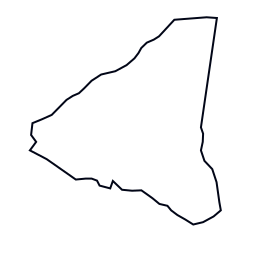 Lagoa Salgada, Rio Grande do Norte, Brazil (Mercator projection), rotated 174°
{"feature_id": "56859067B50769407156017", "entity_name": "Lagoa Salgada", "entity_type": "district", "adm_level": 2, "iso_a3": "BRA", "parent_name": "Brazil", "parent_adm1": "Rio Grande do Norte", "projection": "mercator", "projection_center": [-35.501, -6.146], "detail": "fine", "context": "isolated", "style": "outline", "palette": "ink", "viewbox_px": 256, "rotation_deg": 174, "n_neighbors": 0, "source": "geoboundaries", "source_scale": "gbopen_adm2", "svg_char_len": 755}
<svg xmlns="http://www.w3.org/2000/svg" viewBox="0 0 256 256"><g transform="rotate(174 128 128)"><path d="M28.1,228.1L38.2,229.9L70.6,230.8L87.6,215.9L93.1,213.2L100.4,210.9L106.4,206.2L109.7,201.5L114.3,196.6L122.8,190.7L134.7,185.8L149.1,184.0L159.3,178.8L167.4,172.1L173.2,167.7L179.6,165.7L186.2,162.4L202.5,149.0L212.9,145.6L222.5,142.8L225.1,131.2L220.8,123.8L227.9,116.0L212.1,105.5L185.3,82.2L175.3,82.1L169.5,81.5L164.3,78.9L162.3,73.7L152.0,69.8L148.6,76.9L140.4,67.2L130.5,65.2L121.2,64.6L111.0,55.6L104.7,49.2L96.9,46.5L93.7,41.6L88.0,36.3L80.6,31.0L73.2,25.2L63.2,26.5L52.1,31.1L44.3,36.4L44.9,44.6L45.6,64.9L48.5,78.3L55.4,87.3L57.8,98.1L55.1,106.4L53.9,114.5L55.4,121.0L28.1,228.1Z" fill="none" stroke="#020617" stroke-width="2"/></g></svg>